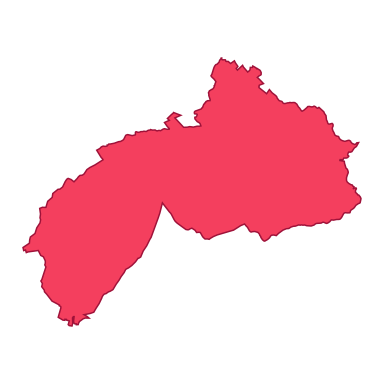 Santamaria-Orlea, Hunedoara, Romania (orthographic projection)
{"feature_id": "2599482B19337014542277", "entity_name": "Santamaria-Orlea", "entity_type": "district", "adm_level": 2, "iso_a3": "ROU", "parent_name": "Romania", "parent_adm1": "Hunedoara", "projection": "orthographic", "projection_center": [23.001, 45.57], "detail": "fine", "context": "isolated", "style": "filled", "palette": "rose", "viewbox_px": 384, "rotation_deg": 0, "n_neighbors": 0, "source": "geoboundaries", "source_scale": "gbopen_adm2", "svg_char_len": 5959}
<svg xmlns="http://www.w3.org/2000/svg" viewBox="0 0 384 384"><path d="M36.8,227.8L35.0,233.5L30.4,237.0L29.7,239.8L29.4,243.2L23.0,247.5L23.7,250.6L25.5,250.0L26.3,252.6L28.1,251.9L38.3,250.5L40.7,255.4L43.4,256.8L45.3,260.9L45.3,263.2L44.8,264.9L45.9,267.0L41.8,279.7L40.9,281.0L42.4,283.6L41.7,286.7L44.2,290.0L44.5,291.8L46.8,294.3L52.0,301.1L59.4,305.0L59.2,305.7L60.7,306.5L60.9,307.9L58.2,317.3L62.9,320.1L64.8,320.3L64.9,319.3L66.4,319.4L66.5,320.1L69.3,320.9L68.2,324.6L69.2,325.6L72.0,326.0L72.7,323.4L72.5,317.9L73.4,316.6L74.1,316.6L73.6,321.0L73.8,323.0L75.0,323.9L76.2,323.8L76.3,324.7L78.2,324.6L78.5,323.3L79.5,321.5L83.3,318.7L85.5,318.0L89.0,318.1L87.3,316.6L84.1,314.7L90.4,313.4L93.8,312.2L96.0,308.4L99.1,303.6L101.8,298.0L101.9,297.5L102.8,295.7L104.0,294.3L104.7,293.9L105.9,293.7L108.7,291.7L109.7,291.5L112.7,289.8L113.1,289.4L116.1,284.3L119.1,280.1L121.2,276.5L124.1,272.6L125.6,269.6L126.3,269.0L128.5,267.9L131.8,265.5L135.6,261.7L138.0,258.3L138.6,258.3L140.7,257.0L143.2,251.0L146.7,245.8L149.8,239.5L151.1,237.4L158.3,217.6L159.8,213.1L162.4,202.9L169.3,211.8L170.7,213.3L171.4,214.4L174.0,219.4L175.2,221.3L177.1,223.1L185.9,229.5L187.7,229.8L188.7,229.7L190.1,228.8L191.9,228.2L195.1,230.3L196.6,232.5L198.8,232.3L200.3,232.5L202.7,236.8L204.7,238.8L205.2,239.0L207.3,238.9L209.2,239.3L210.3,238.4L213.5,236.5L217.3,234.9L233.6,230.1L240.7,225.6L244.6,224.0L246.0,225.8L247.5,227.3L249.4,230.7L250.5,231.8L251.2,232.0L252.8,231.6L254.9,231.5L257.9,232.4L259.3,233.9L259.8,235.3L260.6,236.4L261.0,237.6L262.5,239.8L264.0,241.0L264.8,241.1L267.6,239.5L269.5,237.8L270.9,235.7L271.7,235.2L273.8,235.0L276.3,235.6L278.5,233.4L283.0,230.1L286.4,228.7L288.8,228.5L290.9,227.1L293.3,226.3L295.5,226.1L298.8,224.9L300.1,225.2L301.4,224.9L303.0,225.2L304.5,225.0L306.7,225.7L311.2,226.0L314.1,225.0L315.5,223.8L316.6,223.4L321.1,223.1L322.9,222.2L323.8,222.3L326.1,223.3L326.7,223.4L327.8,223.0L329.6,221.8L331.3,219.9L333.6,220.1L336.4,219.5L339.2,219.4L340.1,219.1L341.5,217.6L343.6,213.7L344.3,213.0L345.1,212.7L347.4,212.9L349.8,212.8L350.1,212.4L350.4,211.1L351.0,210.1L353.4,208.5L354.4,207.5L355.9,205.3L358.4,203.6L359.8,203.1L360.2,202.5L361.0,198.7L360.5,197.3L359.9,196.4L358.7,195.0L357.8,194.9L357.2,193.9L355.5,192.3L355.5,191.0L355.7,189.8L356.4,188.9L356.3,188.2L355.8,187.9L355.2,188.1L354.2,188.2L353.6,188.7L353.4,188.6L354.0,187.4L354.0,186.7L353.1,186.4L352.3,185.0L351.0,184.7L348.9,183.5L347.3,182.1L346.7,181.0L346.5,180.3L346.5,177.8L347.3,175.1L348.2,172.8L348.2,171.9L347.7,170.1L347.1,169.0L346.0,168.1L344.5,163.2L344.3,161.3L339.9,160.5L340.1,159.6L343.0,159.7L343.8,158.1L346.6,158.0L347.7,157.5L348.8,156.2L348.7,155.9L347.8,155.3L347.7,154.8L347.9,153.6L348.7,152.1L350.7,152.1L351.9,151.6L354.3,148.0L356.4,146.5L358.6,142.6L356.8,142.8L355.6,144.2L354.8,144.5L352.3,143.5L351.1,142.4L350.5,141.1L349.1,140.3L348.1,140.4L345.1,141.3L344.1,141.2L341.7,140.4L340.2,139.4L339.2,138.1L338.8,136.9L338.1,136.3L336.6,136.1L335.1,135.2L334.8,134.8L333.9,132.5L333.0,131.0L332.3,128.8L332.4,127.6L333.1,126.0L333.0,124.3L332.1,123.4L329.5,124.1L328.6,124.0L328.0,123.6L327.6,122.5L327.2,121.2L326.5,120.0L326.0,115.6L324.5,113.5L323.8,111.8L319.0,107.4L318.5,107.5L317.9,108.2L317.6,108.3L316.4,107.7L315.6,106.8L314.4,106.2L313.8,106.2L313.1,106.7L311.6,106.9L309.2,106.4L307.7,106.6L306.9,107.6L303.9,110.2L302.1,111.2L301.4,110.8L299.6,108.1L298.4,106.9L296.8,104.1L294.8,102.6L293.7,102.5L290.9,102.7L290.0,102.4L289.0,102.8L287.5,102.9L285.2,103.5L283.8,103.5L282.8,102.8L282.3,101.9L281.8,101.4L279.3,100.7L278.0,99.3L277.8,98.8L277.1,98.0L276.9,97.1L276.5,96.4L275.6,95.5L272.1,92.8L269.4,89.6L266.6,93.7L259.0,87.6L258.9,86.6L259.2,86.2L259.1,85.6L259.3,85.2L263.5,83.6L259.8,79.7L257.3,77.4L258.9,76.0L260.9,74.9L261.1,74.6L261.2,72.7L260.6,71.2L259.9,70.2L257.0,68.4L256.8,68.7L255.6,67.6L252.8,66.0L252.4,67.4L250.3,67.4L250.0,69.7L249.8,70.1L248.6,71.4L248.3,71.4L247.7,72.0L243.4,67.0L242.6,65.3L237.4,70.1L236.2,68.5L237.6,66.9L237.9,66.4L235.5,63.0L234.4,60.8L230.6,63.5L228.1,61.4L226.4,61.5L225.9,61.3L225.6,60.2L225.3,59.8L222.2,59.8L221.6,58.9L221.8,58.1L221.2,58.0L220.9,58.8L219.8,60.1L219.3,61.2L219.2,62.0L217.1,64.2L215.9,64.6L215.5,65.0L214.6,66.2L213.8,68.0L211.8,74.5L211.0,75.6L211.3,76.5L214.2,79.3L215.9,81.7L215.0,83.9L214.8,85.1L214.1,85.8L214.3,86.4L213.8,87.7L212.7,89.0L212.1,89.4L211.5,89.4L210.3,90.4L209.5,90.7L209.2,91.2L209.2,91.5L208.5,92.5L208.5,92.9L208.9,94.7L208.8,95.2L208.9,95.8L210.2,99.7L210.1,100.6L207.6,100.7L205.9,101.6L205.8,102.2L205.1,102.6L204.8,103.3L203.7,104.4L202.9,106.6L202.7,106.9L202.6,107.5L201.7,108.1L201.7,108.3L201.1,109.0L195.2,111.1L194.5,111.8L194.3,112.9L194.6,113.8L196.9,114.1L197.2,114.5L197.2,114.9L196.8,115.9L196.1,117.0L194.9,117.2L194.8,117.8L195.0,119.0L197.2,121.6L199.6,123.0L200.2,123.9L200.9,125.9L199.4,126.2L197.2,126.2L193.3,127.1L189.8,126.6L187.2,127.2L183.6,127.3L174.9,117.9L180.8,115.3L173.5,112.5L173.1,113.3L171.6,114.4L167.4,118.5L169.3,120.3L164.5,122.5L167.2,126.4L169.3,128.6L169.2,129.2L167.0,129.3L164.5,128.7L163.1,129.1L160.6,130.7L159.0,130.4L157.1,130.9L156.1,130.6L155.2,130.0L152.4,130.1L150.6,129.6L150.5,129.9L148.2,130.3L146.2,131.5L143.9,131.2L142.6,131.6L140.9,131.6L139.1,132.3L137.7,132.3L136.7,131.8L135.9,131.8L135.6,132.0L135.3,133.0L135.5,134.1L135.2,134.9L132.2,135.6L127.7,134.6L126.3,135.0L125.7,135.4L123.7,139.4L122.7,140.3L120.6,141.4L118.5,141.7L114.4,143.2L110.4,144.0L108.7,144.1L107.7,145.2L107.2,145.1L107.2,145.8L106.8,146.1L105.2,146.4L103.1,146.1L101.3,146.9L99.8,148.5L96.7,150.2L101.2,157.5L102.5,158.8L103.0,159.8L95.0,164.9L89.9,167.5L86.9,169.6L84.1,173.9L82.3,175.2L80.0,175.4L78.5,176.7L77.2,178.5L74.0,181.8L71.1,179.5L68.1,178.4L66.7,179.3L65.2,181.6L62.6,187.0L59.8,189.2L58.0,189.3L52.8,193.5L52.2,197.4L47.7,201.3L45.9,207.4L42.4,207.3L39.7,208.4L40.5,214.0L40.0,217.8L40.6,219.8L40.0,222.9L36.8,227.8Z" fill="#f43f5e" stroke="#9f1239" stroke-width="1.5"/></svg>